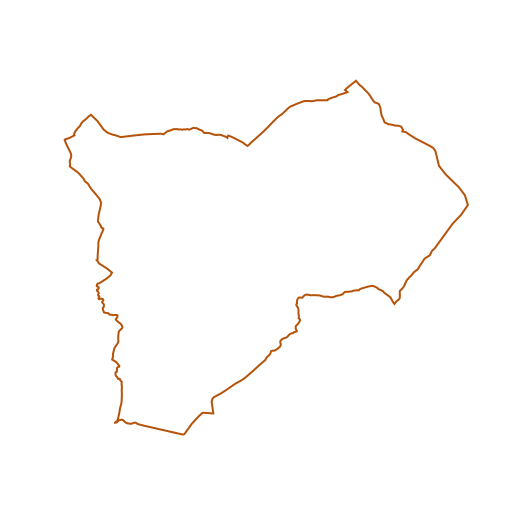 the district of Cucaita, Boyacá, Colombia, rotated 277°
{"feature_id": "7082276B93594910606067", "entity_name": "Cucaita", "entity_type": "district", "adm_level": 2, "iso_a3": "COL", "parent_name": "Colombia", "parent_adm1": "Boyacá", "projection": "natural_earth1", "projection_center": [-73.453, 5.526], "detail": "fine", "context": "isolated", "style": "outline", "palette": "amber", "viewbox_px": 512, "rotation_deg": 277, "n_neighbors": 0, "source": "geoboundaries", "source_scale": "gbopen_adm2", "svg_char_len": 6033}
<svg xmlns="http://www.w3.org/2000/svg" viewBox="0 0 512 512"><g transform="rotate(277 256 256)"><path d="M376.0,75.0L374.2,72.9L371.6,71.0L368.2,67.6L366.4,66.5L366.0,66.4L363.2,65.2L361.3,63.6L357.1,61.2L354.8,60.5L353.6,61.1L352.6,59.5L352.2,59.1L350.8,57.0L349.4,54.3L348.9,53.1L348.2,52.1L347.9,51.9L343.6,54.3L336.6,58.9L334.7,60.0L333.1,60.4L331.6,60.4L327.4,59.6L326.2,59.8L323.9,60.4L323.4,60.4L322.5,60.2L321.7,61.0L317.5,68.5L316.2,70.4L311.5,75.6L309.2,77.2L307.1,80.6L304.3,82.7L301.8,85.0L297.5,89.8L293.2,94.1L290.2,95.6L287.5,95.8L278.1,94.8L271.6,94.8L270.9,95.0L269.2,96.6L268.7,96.8L266.8,98.4L266.1,98.6L265.1,99.5L264.7,101.1L263.9,101.2L261.3,100.6L259.5,99.9L258.1,99.7L254.4,98.5L253.4,98.4L252.4,98.1L250.5,97.9L245.3,98.4L237.2,98.8L232.9,99.2L232.5,98.4L231.4,99.6L230.1,100.4L229.3,101.5L225.7,109.1L222.0,115.1L219.2,114.0L215.8,110.9L211.0,105.3L209.6,103.4L209.4,102.5L208.9,101.9L208.3,101.7L207.7,101.9L207.2,101.5L206.6,101.8L206.4,102.1L205.9,103.5L205.4,103.8L205.1,103.9L204.8,103.9L203.7,103.2L203.4,102.6L203.1,102.3L202.6,102.2L202.1,102.5L201.3,103.7L200.1,104.4L199.7,104.5L198.7,104.0L198.0,104.0L197.4,104.4L197.1,105.1L196.6,105.5L194.8,104.8L194.3,105.0L194.1,105.3L194.0,105.7L194.6,106.8L194.8,108.0L194.4,109.4L194.1,109.7L193.4,109.8L192.0,109.0L191.4,108.8L190.9,109.3L189.7,110.7L189.3,110.9L187.4,111.2L186.9,111.1L185.8,110.3L185.1,110.3L184.2,110.6L181.5,112.0L181.3,112.6L181.3,115.2L181.1,116.4L180.8,117.0L179.9,117.9L179.9,118.7L180.1,119.7L179.9,121.3L180.5,124.5L180.4,125.4L180.2,125.8L179.6,125.9L178.4,125.7L177.5,125.3L176.4,124.6L176.0,124.5L175.5,124.9L174.0,126.8L172.1,130.1L170.4,131.5L169.0,132.1L168.5,132.1L168.0,131.8L165.0,129.5L163.9,129.0L160.4,129.0L156.5,129.4L154.5,129.9L153.9,129.8L151.6,128.9L147.3,126.7L145.3,126.4L141.5,126.0L137.4,126.3L136.0,125.8L135.7,125.9L135.5,126.1L134.8,128.0L133.6,130.3L130.4,133.6L130.0,133.8L129.5,133.7L128.6,132.1L127.9,131.7L124.5,132.0L124.1,131.9L123.5,130.9L123.0,130.7L121.0,131.1L120.4,131.3L119.9,131.7L118.6,133.2L117.3,134.0L117.2,134.2L117.5,135.4L117.4,135.8L116.1,136.5L115.4,137.2L114.9,138.0L114.2,138.2L112.6,138.1L111.9,138.4L109.9,138.8L105.5,139.2L103.3,139.6L100.6,139.9L96.0,140.3L92.6,140.3L88.5,139.6L83.1,139.4L76.7,138.8L75.4,138.2L74.6,137.6L73.7,136.7L73.4,136.1L73.2,135.4L73.5,137.2L73.8,138.0L74.5,138.7L75.3,139.1L75.8,139.4L76.3,140.3L77.2,142.7L77.2,143.3L76.9,144.2L75.1,146.4L74.5,147.9L74.2,149.0L74.2,152.5L74.5,153.3L75.5,154.7L75.9,156.4L75.8,157.2L74.9,158.7L74.8,159.2L74.2,163.1L72.6,178.3L72.4,179.7L72.2,182.1L69.9,204.7L70.1,205.8L70.3,206.4L71.2,207.0L81.4,212.6L87.4,216.8L90.2,218.9L93.5,221.7L93.8,222.0L94.0,222.7L94.5,232.8L106.2,229.7L109.3,230.3L110.1,230.9L110.8,231.5L115.1,237.6L118.6,241.9L126.9,251.2L128.8,254.0L131.5,257.5L134.0,260.2L142.1,267.5L148.4,272.9L153.9,277.9L155.6,278.5L157.5,279.6L159.7,281.5L160.5,282.0L163.1,282.5L163.5,282.7L163.9,283.6L164.5,286.3L165.9,288.0L168.7,290.7L169.4,291.1L170.0,291.3L171.6,291.3L173.4,290.6L174.3,290.5L174.8,290.7L176.1,291.5L177.5,293.2L178.4,295.3L179.2,296.6L182.1,298.7L183.0,299.7L183.4,300.4L184.0,302.1L185.0,303.1L186.0,305.5L186.4,305.6L187.0,305.5L187.5,305.0L188.9,304.2L190.8,304.0L191.9,304.5L193.9,306.0L196.1,307.2L196.6,307.4L198.0,307.5L198.4,307.3L198.8,307.0L199.2,306.1L199.7,305.9L201.2,306.0L202.0,305.8L203.4,305.3L208.6,304.6L210.0,303.8L211.6,302.4L212.7,301.9L213.2,302.0L213.8,302.5L214.7,302.4L215.2,302.2L215.9,302.1L218.1,302.5L218.8,302.7L220.0,303.6L220.3,307.1L221.7,307.9L223.1,309.3L223.6,310.0L223.9,311.2L223.8,313.1L223.9,313.7L223.7,314.4L223.7,315.3L224.2,318.2L224.6,323.3L224.5,324.8L224.2,326.2L223.9,328.0L224.0,329.6L224.4,332.1L224.4,333.0L224.1,334.8L224.6,337.9L225.9,340.1L226.6,341.7L227.3,344.2L228.5,346.4L229.2,347.1L230.7,348.1L231.1,348.6L231.3,349.2L231.7,351.8L232.5,355.0L232.9,356.1L233.5,356.9L233.7,357.7L234.3,360.4L234.4,362.0L234.5,362.3L235.8,363.2L236.3,364.1L239.4,371.2L240.1,373.5L240.5,375.4L240.2,377.3L239.5,379.3L239.1,380.3L237.9,382.0L237.3,384.3L236.4,386.6L235.1,387.8L232.3,392.9L230.9,394.8L226.7,397.8L225.3,399.3L227.7,400.6L229.9,402.6L230.8,403.4L231.7,403.8L234.4,403.6L235.9,403.3L238.4,403.0L239.1,403.2L241.8,405.4L244.6,406.9L246.9,407.3L248.2,408.0L249.8,408.3L254.0,411.1L255.7,412.6L259.1,414.7L262.7,418.3L266.8,420.0L268.9,421.2L273.7,423.5L275.3,425.2L277.8,428.4L282.7,430.1L285.1,432.3L312.1,447.3L321.8,454.5L332.4,460.1L341.8,455.9L349.1,448.8L360.2,434.2L367.8,426.6L381.7,421.4L384.8,418.9L386.8,414.3L392.0,400.1L395.6,392.5L397.1,390.0L397.5,386.1L399.4,386.4L402.0,384.4L402.7,381.8L402.4,377.8L402.8,375.8L403.0,371.0L403.7,369.3L404.1,367.7L405.0,366.9L407.1,365.9L410.7,363.6L413.9,362.5L418.6,361.3L420.6,360.2L421.9,359.3L422.4,357.6L422.8,355.5L423.7,354.1L426.6,351.5L429.1,349.6L431.9,346.7L437.3,339.9L438.4,337.8L440.3,335.9L442.1,333.8L441.1,333.0L440.9,332.7L433.8,325.8L431.6,324.1L429.9,326.9L429.3,325.9L426.8,320.6L425.8,317.9L424.8,317.1L423.6,315.2L422.6,312.6L420.7,309.1L420.2,308.4L419.3,308.0L418.0,297.6L417.7,296.4L416.8,294.2L416.4,292.2L416.4,290.2L416.1,288.5L415.9,285.7L415.0,283.7L412.1,278.1L408.4,271.7L406.3,269.7L399.9,264.4L399.3,263.8L397.9,262.0L395.8,260.1L390.6,256.0L387.0,253.4L381.0,248.7L372.9,241.7L368.8,238.0L365.0,235.0L364.2,234.1L365.9,230.8L366.5,230.1L367.5,227.8L370.6,219.4L372.0,214.8L372.1,213.7L370.9,213.3L369.8,213.2L370.3,212.4L370.7,211.3L371.9,206.3L371.8,204.2L371.4,202.4L371.2,200.5L371.7,197.5L372.2,195.2L372.3,193.9L372.3,193.0L371.8,190.4L371.9,189.7L372.1,189.2L373.9,187.2L374.3,185.4L375.7,181.1L375.5,180.0L375.5,178.1L373.6,175.1L373.3,174.0L373.6,172.3L373.0,170.6L372.9,168.7L372.3,167.2L372.5,165.9L372.1,163.8L372.1,163.4L372.4,162.9L371.9,159.0L371.5,157.9L370.7,156.8L370.2,155.8L369.7,154.5L369.5,153.7L368.9,152.8L365.5,149.3L365.8,146.9L364.2,136.8L363.0,130.0L360.4,118.9L357.5,107.2L358.5,102.8L359.1,98.4L360.0,94.7L360.7,92.8L363.0,89.3L370.6,82.2L376.0,75.0Z" fill="none" stroke="#b45309" stroke-width="2"/></g></svg>